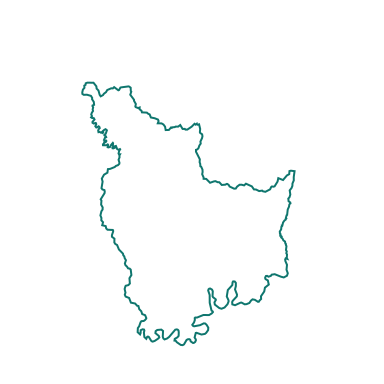 the district of Linakeng, Thaba-Tseka, Lesotho, rotated 248°
{"feature_id": "5366337B53729511602766", "entity_name": "Linakeng", "entity_type": "district", "adm_level": 2, "iso_a3": "LSO", "parent_name": "Lesotho", "parent_adm1": "Thaba-Tseka", "projection": "orthographic", "projection_center": [28.976, -29.679], "detail": "fine", "context": "isolated", "style": "outline", "palette": "teal", "viewbox_px": 384, "rotation_deg": 248, "n_neighbors": 0, "source": "geoboundaries", "source_scale": "gbopen_adm2", "svg_char_len": 5959}
<svg xmlns="http://www.w3.org/2000/svg" viewBox="0 0 384 384"><g transform="rotate(248 192 192)"><path d="M172.9,294.9L174.7,291.7L174.9,290.2L172.1,288.8L171.8,286.2L169.0,280.9L172.5,277.2L169.6,275.2L166.3,270.7L166.4,269.5L167.2,268.2L166.9,267.2L165.2,265.4L164.7,260.1L166.1,258.0L167.0,257.6L167.7,254.6L170.3,252.3L171.2,250.4L174.8,249.6L179.5,245.1L178.6,242.8L180.2,240.7L180.9,238.8L180.1,235.8L178.8,233.9L179.3,232.3L183.0,228.9L184.7,228.7L186.2,227.8L186.5,227.1L186.3,225.7L187.4,222.2L190.8,221.0L191.5,219.4L193.2,217.9L193.6,216.4L193.8,212.2L198.8,210.1L199.9,207.7L201.1,208.2L204.7,208.1L206.5,209.3L208.8,210.1L212.0,210.0L212.7,209.4L215.2,210.2L216.7,210.2L219.4,211.5L227.9,210.8L229.6,211.5L229.5,213.0L230.3,214.5L232.3,216.2L233.6,218.2L235.6,218.7L238.2,221.5L239.8,222.6L241.7,223.0L243.7,221.7L244.5,221.7L247.4,223.2L252.1,223.9L252.2,222.5L252.9,221.9L253.5,222.0L253.1,220.6L254.3,219.9L252.7,216.2L251.6,211.0L252.3,209.3L253.2,209.0L254.0,206.9L258.5,206.2L257.8,203.7L258.8,201.3L258.6,200.4L259.3,198.1L259.0,197.3L259.7,196.8L258.2,193.8L259.3,190.8L262.7,191.5L265.3,190.8L267.0,189.5L268.5,186.0L270.3,187.6L271.9,187.6L274.3,185.1L276.5,181.8L279.8,181.8L280.9,180.7L282.5,179.9L284.6,175.4L286.3,175.6L288.3,174.4L290.0,175.1L290.0,173.5L291.8,171.6L292.5,171.5L294.6,172.9L298.3,172.4L299.2,172.8L305.3,171.2L307.8,173.3L308.6,173.1L311.7,174.2L313.2,173.3L313.7,172.7L315.6,165.3L315.6,164.7L313.9,162.6L313.9,161.8L318.4,159.1L317.7,157.4L318.4,155.9L318.3,151.6L316.8,149.7L316.1,147.1L315.2,145.8L314.9,143.2L316.6,142.8L321.2,143.3L323.6,142.3L325.8,142.9L330.2,141.6L332.6,135.9L332.6,134.2L331.2,133.4L331.0,132.0L328.9,131.3L327.8,129.2L325.5,127.6L324.0,127.1L322.7,128.0L321.5,131.1L319.0,134.3L316.7,134.7L315.4,134.1L312.4,134.7L309.5,133.9L309.5,132.2L309.0,131.9L307.6,132.1L305.7,130.8L304.2,130.6L303.0,128.8L301.6,127.6L299.8,127.7L299.0,126.4L298.0,127.1L297.3,128.6L295.8,128.8L294.3,126.0L293.4,125.7L292.2,126.6L292.2,128.3L291.7,128.8L290.5,128.5L289.2,127.0L287.7,127.4L287.5,127.9L287.9,130.0L287.1,130.5L285.8,130.4L285.3,129.1L284.1,128.0L282.5,127.7L282.3,128.9L281.0,129.9L281.4,131.0L280.2,131.3L280.4,132.0L282.0,132.5L282.5,134.0L282.6,135.4L281.1,136.2L278.3,133.8L277.9,132.2L277.3,132.0L275.9,133.0L275.0,133.0L274.9,131.6L273.2,129.9L272.3,130.5L271.8,131.7L271.3,131.7L270.5,130.5L271.2,129.4L269.6,128.2L269.6,127.3L268.7,127.0L267.4,130.2L267.7,131.7L267.1,131.9L265.1,130.6L264.6,131.3L264.5,133.0L266.0,134.7L267.2,137.0L266.8,137.1L264.7,136.0L263.2,136.0L262.9,134.8L262.3,134.7L261.9,135.4L262.0,137.7L262.3,138.0L263.3,137.8L263.2,138.7L259.8,138.7L258.6,139.8L258.8,141.3L258.5,141.4L257.4,139.9L255.2,138.3L254.3,138.4L253.9,139.4L253.1,138.4L251.3,137.8L249.4,136.0L246.3,135.7L245.4,135.2L244.6,133.4L244.7,131.3L244.1,129.7L244.1,124.8L244.7,122.6L241.6,120.8L241.0,116.9L238.2,113.4L235.1,113.0L229.4,109.5L227.9,109.9L226.6,111.5L225.2,111.3L223.7,110.5L219.4,104.6L217.9,104.8L214.3,103.0L211.2,103.4L209.2,102.5L208.1,100.8L204.6,98.3L201.9,98.3L199.7,97.3L197.3,98.2L194.8,96.3L192.7,99.2L190.3,98.8L188.7,99.5L186.5,104.3L186.1,104.5L184.9,104.1L182.0,101.6L180.5,101.0L177.8,102.6L174.3,101.1L172.6,101.4L170.9,102.7L166.1,102.7L160.7,104.9L159.0,104.6L157.7,105.1L155.8,104.8L153.5,105.2L150.9,103.0L149.0,102.9L147.1,103.8L145.2,104.1L144.3,105.5L143.0,106.1L137.7,104.7L135.5,101.7L130.4,100.1L129.5,98.1L129.9,95.5L129.6,95.0L127.3,93.2L123.6,92.6L121.9,91.2L119.9,91.3L117.3,94.0L112.3,93.9L109.9,97.5L107.1,98.5L106.4,99.6L103.1,99.2L100.4,100.3L97.5,100.1L95.3,102.4L92.3,102.4L91.8,102.2L90.9,100.5L90.5,98.9L91.2,96.7L90.5,95.5L87.3,92.7L86.1,90.8L82.4,89.1L79.4,90.5L80.3,91.4L83.1,92.7L83.2,94.8L82.4,96.0L81.3,95.9L79.8,94.8L75.4,93.5L73.0,94.6L74.5,96.2L74.5,97.0L73.7,97.7L69.4,98.4L68.4,99.0L68.0,99.5L67.9,101.6L68.7,105.5L69.4,107.2L71.0,107.3L74.9,105.2L76.6,106.2L77.1,108.1L75.9,112.0L74.0,113.1L68.8,110.7L66.9,110.6L65.6,111.3L65.5,113.9L66.2,116.5L70.6,124.9L70.3,126.5L69.5,127.3L68.6,127.6L66.7,127.1L63.6,125.7L62.7,124.0L62.3,121.0L60.8,120.1L60.2,121.2L58.5,121.6L54.4,124.3L53.5,126.0L53.7,127.5L56.9,131.6L57.0,133.2L56.4,134.6L55.6,135.0L54.0,134.8L51.6,136.4L51.4,137.2L51.8,138.8L53.1,140.1L54.0,140.3L56.1,139.9L59.9,142.7L59.8,143.4L56.3,147.4L55.6,150.8L56.1,152.4L57.9,155.2L60.1,156.3L63.3,155.8L65.1,155.0L65.8,153.7L65.5,149.6L66.7,143.6L67.5,142.8L68.7,142.5L70.3,145.0L72.3,146.7L74.1,147.3L74.4,148.0L73.7,149.7L73.7,156.5L71.5,161.7L72.0,164.8L72.8,166.4L73.4,166.5L74.8,165.7L82.6,166.9L89.9,169.8L94.6,170.1L95.6,170.9L95.9,171.8L95.7,172.7L94.0,174.0L92.2,174.1L87.7,172.0L86.6,172.1L83.6,173.8L83.0,173.7L81.3,171.5L79.1,171.0L74.2,173.8L72.7,175.7L72.7,178.9L74.6,182.8L75.4,183.6L76.8,184.9L78.0,185.3L82.1,185.1L87.7,188.5L90.6,194.5L93.1,195.8L93.7,196.7L93.0,198.1L91.3,198.6L88.3,197.4L85.6,195.4L80.0,195.3L78.4,194.4L75.8,188.9L74.9,188.0L72.7,187.3L70.9,189.5L71.2,195.5L70.9,196.5L68.1,198.8L67.6,200.6L67.6,203.6L69.2,206.0L69.8,207.9L68.5,209.9L65.4,212.1L65.3,213.1L66.0,213.8L66.9,216.0L69.5,216.9L72.7,221.7L76.0,223.8L77.4,228.5L81.6,229.2L83.6,227.6L84.3,227.5L85.3,227.8L86.4,229.1L86.1,230.2L84.8,231.2L84.7,233.7L85.5,234.9L84.8,237.9L80.1,242.8L78.4,245.1L78.8,248.7L80.8,250.4L84.5,250.5L88.9,252.8L92.9,252.7L94.5,253.1L95.4,254.0L94.3,255.3L95.4,255.2L98.5,256.7L99.9,256.5L101.4,257.6L103.0,257.4L106.4,259.3L108.0,259.2L108.5,259.6L109.6,259.3L111.2,259.7L112.9,258.6L114.8,258.5L116.4,257.7L116.9,258.4L117.6,258.3L118.4,257.4L119.7,258.3L120.3,257.9L122.5,258.6L123.9,260.6L126.3,261.9L126.6,262.7L127.3,262.8L127.2,263.3L129.6,265.0L130.9,267.0L131.3,268.5L131.9,268.7L132.1,269.5L132.9,269.4L135.0,271.0L135.1,271.6L139.9,274.2L142.1,276.5L143.7,277.4L144.6,278.5L144.6,279.0L145.5,279.2L147.2,278.1L149.8,278.8L150.6,280.4L152.8,282.2L156.9,283.2L158.4,285.8L160.1,287.4L162.2,288.3L164.6,290.7L167.7,291.9L172.9,294.9Z" fill="none" stroke="#0f766e" stroke-width="2"/></g></svg>